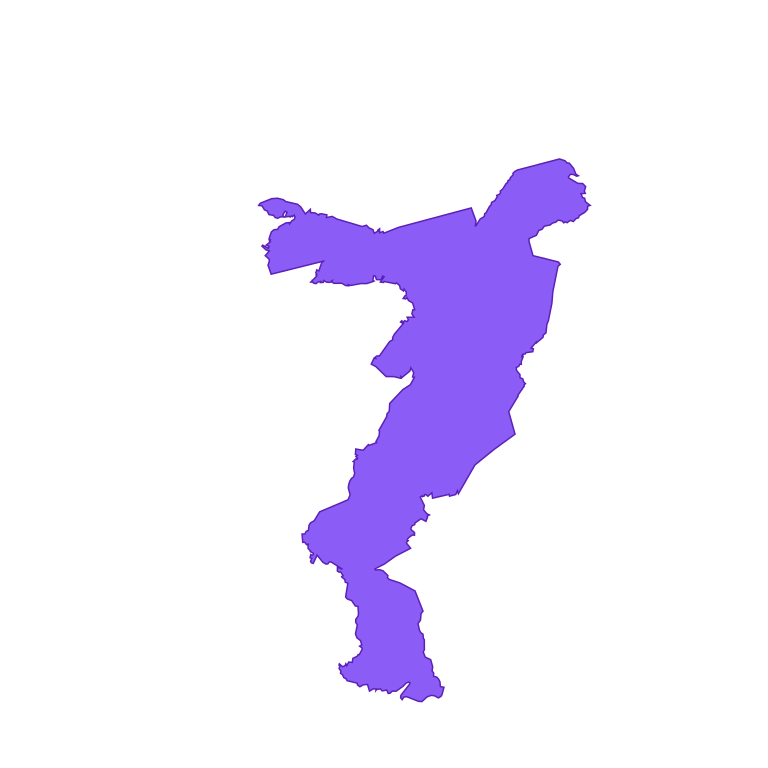 Tenamaxtlán, Jalisco, Mexico (Robinson projection), rotated 27°
{"feature_id": "50627088B22076648186197", "entity_name": "Tenamaxtlán", "entity_type": "district", "adm_level": 2, "iso_a3": "MEX", "parent_name": "Mexico", "parent_adm1": "Jalisco", "projection": "robinson", "projection_center": [-104.169, 20.135], "detail": "fine", "context": "isolated", "style": "filled", "palette": "violet", "viewbox_px": 768, "rotation_deg": 27, "n_neighbors": 0, "source": "geoboundaries", "source_scale": "gbopen_adm2", "svg_char_len": 6170}
<svg xmlns="http://www.w3.org/2000/svg" viewBox="0 0 768 768"><g transform="rotate(27 384 384)"><path d="M245.1,262.8L240.7,264.6L239.1,261.8L236.7,268.2L229.4,264.0L225.3,263.1L213.7,266.0L210.5,265.5L204.8,266.8L199.7,269.9L191.6,279.2L191.3,281.8L194.4,280.6L198.4,283.1L201.4,282.9L204.6,285.3L208.9,283.9L211.5,285.1L214.0,284.6L216.1,281.9L219.2,280.6L217.1,279.5L217.4,274.9L219.6,275.0L220.1,280.0L223.6,277.6L224.6,277.9L225.4,276.1L226.5,276.4L227.3,274.3L229.0,275.7L229.3,278.1L227.7,280.6L227.2,284.2L226.2,283.2L223.4,285.1L219.1,291.5L219.0,294.5L215.9,296.5L214.6,299.7L215.5,306.0L216.1,307.7L217.3,307.1L217.4,309.0L218.1,309.0L216.0,313.7L219.0,313.5L219.4,315.6L212.9,315.4L212.7,316.6L218.0,318.1L221.4,317.5L219.9,323.6L224.9,324.9L226.0,326.4L226.7,330.8L233.6,337.4L275.1,301.3L273.3,303.5L274.6,312.9L272.3,312.8L272.8,315.9L274.6,317.1L274.0,317.8L275.0,318.6L272.5,326.4L273.5,326.0L273.2,325.0L275.5,326.1L278.0,325.4L278.8,323.1L281.0,321.4L281.3,322.5L283.8,321.0L283.3,319.1L286.3,319.4L289.2,318.3L290.8,316.8L290.5,315.9L290.9,315.4L290.9,316.9L293.7,317.0L300.7,313.4L305.1,313.7L307.9,312.6L307.0,311.7L309.6,311.3L317.8,305.0L323.0,302.4L327.8,297.6L328.4,296.8L327.0,296.7L325.7,292.2L327.5,291.9L329.8,294.4L334.1,292.5L333.8,288.4L335.4,288.4L334.5,294.8L337.6,293.7L337.6,292.6L348.7,289.5L349.2,288.2L353.2,289.2L355.3,291.7L359.0,292.3L358.8,290.3L362.3,292.2L363.5,295.0L362.6,296.0L362.3,299.1L364.8,298.3L365.1,296.6L368.0,298.5L372.7,298.8L377.6,303.9L376.0,304.8L377.0,308.9L380.5,310.8L374.3,314.0L376.6,315.8L376.2,317.9L373.5,318.3L373.4,320.1L371.0,319.6L370.6,321.3L373.7,321.5L370.6,335.0L370.6,338.8L371.7,340.6L369.7,343.7L367.2,360.9L364.7,362.5L363.9,364.5L364.9,365.0L363.4,365.5L363.6,372.1L368.8,372.2L382.5,376.4L389.6,372.9L396.0,371.4L396.7,371.0L395.7,369.7L397.1,370.0L401.2,360.6L400.6,357.4L405.3,360.3L406.3,364.8L408.0,364.2L407.8,372.7L403.3,380.4L397.9,398.7L401.1,406.1L400.2,408.9L401.2,412.1L400.5,427.6L401.6,428.4L403.1,432.3L403.0,439.1L404.0,439.6L398.5,445.5L397.6,445.1L395.5,452.5L388.4,454.7L390.5,459.8L392.6,459.6L391.9,461.4L394.1,461.8L394.1,463.4L393.0,463.3L391.7,467.1L392.9,467.0L395.1,472.7L398.4,476.9L399.1,480.6L397.9,482.8L397.6,486.1L398.3,490.0L399.4,492.9L404.1,498.1L404.5,503.5L384.7,527.1L383.9,537.5L381.6,541.0L381.3,543.8L383.1,548.9L381.6,550.5L381.5,553.6L379.1,554.9L383.5,562.0L385.1,561.0L388.0,562.3L389.6,560.5L389.2,561.8L391.1,565.1L394.3,566.1L394.4,566.8L397.7,566.8L398.5,568.0L397.7,569.3L396.2,569.2L397.0,572.4L398.8,572.1L399.1,575.4L400.4,576.3L402.4,576.0L402.1,566.9L410.5,570.6L414.1,570.8L415.6,569.8L416.1,567.2L417.8,566.6L431.2,567.9L425.7,568.4L427.3,571.8L429.2,572.1L430.8,571.1L434.6,573.4L433.7,574.8L434.4,575.3L437.8,576.0L439.5,578.2L442.2,577.9L446.5,591.2L448.8,592.2L453.5,591.7L459.2,594.8L461.8,594.0L465.6,600.4L466.3,602.5L465.7,606.5L467.0,609.2L469.6,610.8L472.0,619.6L475.2,622.5L479.5,623.3L482.6,626.5L481.3,628.7L484.0,629.0L484.9,630.1L484.9,636.3L483.8,636.8L483.7,638.8L480.8,642.6L482.1,646.5L478.8,647.7L478.7,651.9L477.0,650.6L477.2,652.5L475.4,654.7L471.3,653.6L471.5,654.9L472.6,655.4L473.2,658.0L475.9,659.3L476.6,661.5L478.9,661.8L481.6,663.9L483.8,663.8L485.8,665.1L496.1,662.7L496.9,664.2L500.0,664.7L502.1,661.4L505.7,659.2L510.5,664.2L512.6,660.8L515.3,659.2L515.9,660.7L516.1,659.6L519.3,657.2L521.6,658.3L525.4,655.5L528.2,657.8L529.8,656.8L530.7,654.0L534.3,652.2L538.2,644.7L539.5,640.3L541.4,638.4L542.8,638.4L543.0,640.2L540.4,653.6L541.2,656.0L543.5,657.0L543.8,653.9L546.2,652.3L558.8,651.1L562.0,649.7L564.4,643.3L567.4,640.0L570.5,638.9L575.0,639.0L576.6,636.4L576.7,634.4L575.1,627.0L571.6,628.0L569.0,623.9L566.5,622.1L564.0,621.2L560.8,621.9L559.6,619.1L557.1,617.7L555.8,613.9L550.7,608.4L544.7,608.6L540.6,604.9L540.6,602.4L536.0,593.5L534.6,592.8L532.3,589.2L529.5,588.8L527.3,587.2L523.1,582.0L523.7,577.8L521.2,571.6L521.9,568.7L505.6,554.3L488.6,554.0L477.6,555.7L475.3,555.3L474.4,552.9L468.0,550.9L464.4,551.4L461.0,553.6L459.9,552.8L466.2,544.0L472.3,532.3L482.3,518.3L476.4,515.6L475.9,514.6L476.7,512.6L475.5,512.5L475.4,510.8L476.6,507.8L478.2,505.4L480.5,504.7L478.8,504.7L479.2,503.4L478.5,502.4L474.4,501.5L473.5,500.5L473.4,497.4L475.2,495.4L474.7,493.7L478.2,487.2L483.7,487.4L483.3,483.2L482.4,482.2L483.9,480.1L481.1,480.1L476.4,478.2L475.1,473.9L467.6,468.3L468.6,466.4L469.4,466.9L470.8,465.4L470.3,464.2L471.7,463.5L474.1,464.1L476.0,459.2L479.1,463.7L492.1,452.8L493.3,454.2L498.1,449.9L497.8,445.7L500.1,448.0L501.8,414.8L511.7,392.5L523.5,369.2L507.7,352.0L509.0,333.9L508.4,333.4L509.9,322.2L509.2,321.0L509.9,319.5L507.7,318.9L505.3,316.4L502.3,316.6L500.9,313.9L496.1,311.8L494.3,309.3L496.0,307.2L496.1,304.6L497.4,304.1L496.1,301.6L495.6,296.6L495.0,295.8L494.6,297.2L494.0,296.7L494.2,294.4L496.1,293.2L496.3,291.6L501.9,287.7L501.1,284.8L498.7,285.2L500.6,277.6L501.1,278.2L504.5,270.2L503.7,268.1L505.1,264.9L502.1,257.0L501.7,252.9L497.0,236.0L492.6,225.3L485.6,200.3L486.7,197.3L483.9,196.1L458.5,202.0L448.7,191.4L447.2,188.6L452.3,182.3L452.2,176.9L454.6,174.4L455.2,170.6L459.9,166.8L461.0,164.2L463.6,161.8L464.7,159.0L468.6,157.8L471.0,158.8L472.0,157.2L473.9,157.2L475.6,153.7L478.9,153.3L480.1,149.3L481.9,147.6L481.5,145.5L484.9,140.0L486.1,136.0L484.7,133.0L486.6,131.3L480.7,130.1L478.5,127.4L476.2,127.7L473.1,125.0L476.8,122.8L474.9,121.1L474.1,116.6L470.0,115.2L465.7,117.2L455.0,116.5L454.3,115.7L454.9,112.6L457.3,111.4L461.3,111.4L462.6,110.2L459.7,109.9L454.9,105.7L448.8,103.1L446.6,103.9L443.9,102.9L438.2,103.8L405.8,132.7L404.1,135.1L403.2,137.7L404.1,138.9L402.9,142.8L403.3,145.0L402.1,146.4L402.7,148.5L401.8,149.7L401.3,156.2L400.0,159.4L400.9,160.5L400.8,162.4L398.8,164.8L399.9,165.8L399.5,170.3L397.4,173.4L398.1,175.9L397.4,177.7L397.2,185.0L396.4,186.5L397.3,189.3L394.8,193.3L394.1,201.2L393.5,201.5L392.1,197.1L381.8,187.5L325.8,237.9L315.3,249.8L313.9,248.6L311.5,251.2L309.6,247.7L308.6,249.9L309.3,250.5L306.8,254.1L304.1,251.5L299.7,251.7L296.3,250.5L293.0,253.6L267.0,258.4L261.7,258.2L257.2,261.8L256.3,259.2L251.0,260.7L249.2,261.9L249.2,263.2L245.1,262.8Z" fill="#8b5cf6" stroke="#5b21b6" stroke-width="1.5"/></g></svg>